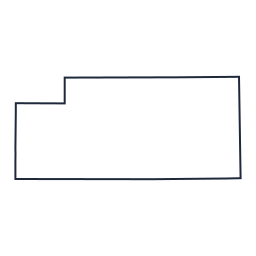 Slope, North Dakota, United States of America (Albers equal-area conic projection)
{"feature_id": "52423323B48039047752616", "entity_name": "Slope", "entity_type": "district", "adm_level": 2, "iso_a3": "USA", "parent_name": "United States of America", "parent_adm1": "North Dakota", "projection": "albers", "projection_center": [-103.638, 46.455], "detail": "fine", "context": "isolated", "style": "outline", "palette": "slate", "viewbox_px": 256, "rotation_deg": 0, "n_neighbors": 0, "source": "geoboundaries", "source_scale": "gbopen_adm2", "svg_char_len": 305}
<svg xmlns="http://www.w3.org/2000/svg" viewBox="0 0 256 256"><path d="M178.4,77.3L103.0,77.5L64.7,77.6L64.7,103.4L15.8,103.2L15.8,112.2L15.4,148.8L15.5,153.8L15.4,161.0L15.4,166.1L15.4,179.0L153.0,179.2L226.4,178.5L240.6,178.2L239.0,76.8L178.4,77.3Z" fill="none" stroke="#1e293b" stroke-width="2"/></svg>